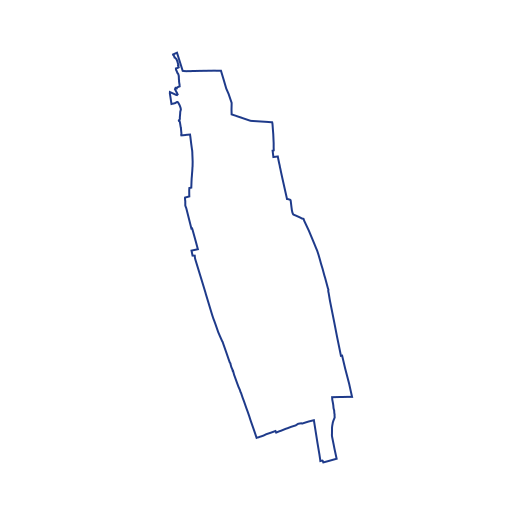 Smardan, Galati, Romania (Mercator projection), rotated 165°
{"feature_id": "2599482B33788792508328", "entity_name": "Smardan", "entity_type": "district", "adm_level": 2, "iso_a3": "ROU", "parent_name": "Romania", "parent_adm1": "Galati", "projection": "mercator", "projection_center": [27.93, 45.569], "detail": "fine", "context": "isolated", "style": "outline", "palette": "blue", "viewbox_px": 512, "rotation_deg": 165, "n_neighbors": 0, "source": "geoboundaries", "source_scale": "gbopen_adm2", "svg_char_len": 5586}
<svg xmlns="http://www.w3.org/2000/svg" viewBox="0 0 512 512"><g transform="rotate(165 256 256)"><path d="M297.7,392.0L295.7,391.6L292.7,391.1L292.3,391.1L292.2,391.1L288.3,390.4L288.6,387.8L289.5,381.5L290.3,375.2L290.3,374.7L290.5,373.7L290.6,373.0L291.2,370.5L291.8,367.8L292.8,363.4L293.5,361.0L294.1,358.9L294.5,357.9L294.9,356.6L295.6,354.5L296.4,352.3L297.4,349.4L298.0,347.8L299.0,344.7L300.8,338.8L302.8,338.9L303.6,336.4L304.4,333.3L305.0,330.8L309.4,330.8L309.7,330.0L310.0,328.4L310.1,327.3L310.4,326.3L310.6,325.4L310.9,324.3L311.2,323.3L311.2,322.6L311.2,322.1L311.0,320.4L311.0,318.9L311.3,299.2L310.6,299.2L310.5,297.6L310.4,285.2L310.4,277.6L316.9,277.9L317.2,272.8L315.1,272.2L315.5,269.6L315.5,268.3L315.0,254.1L314.7,246.0L314.3,233.9L314.3,232.3L314.1,226.0L313.9,219.6L313.7,213.2L313.6,210.3L313.4,206.8L313.1,204.0L312.8,200.5L312.2,192.2L311.6,188.0L310.7,182.3L310.5,181.9L310.4,180.5L310.3,179.0L309.6,169.8L309.4,166.8L309.2,163.8L308.9,160.0L308.6,159.2L308.5,158.7L308.6,158.1L308.6,157.4L308.6,155.4L308.5,154.4L308.3,153.5L308.2,152.2L308.2,151.0L307.9,151.0L307.9,149.9L307.9,149.2L307.9,148.4L307.9,146.7L307.8,145.8L307.7,144.7L307.3,139.9L307.1,137.5L307.0,136.6L306.8,134.3L306.2,130.5L306.2,128.9L305.9,127.6L305.6,122.7L305.2,118.6L304.7,111.7L304.3,107.4L304.0,103.1L303.8,98.9L303.7,97.4L303.0,88.1L302.5,80.2L301.7,80.3L300.6,80.2L298.9,80.4L297.8,80.4L295.2,80.6L293.7,80.9L292.3,81.2L287.3,81.5L282.5,81.9L282.2,80.2L278.6,80.7L277.4,80.7L272.0,81.4L269.8,81.5L269.1,81.6L266.3,81.9L261.5,82.1L258.8,83.0L257.3,82.9L255.5,82.7L255.2,82.4L254.8,82.2L250.8,82.4L247.8,82.5L242.6,82.4L245.0,59.6L246.0,49.1L246.1,48.0L246.7,42.7L246.9,41.3L246.0,41.3L244.8,41.2L244.6,40.9L244.4,39.2L239.2,39.2L230.6,39.3L230.1,49.4L229.8,53.7L229.3,61.6L229.2,62.4L229.0,63.6L228.8,64.0L227.0,70.5L226.9,70.8L226.3,72.3L225.3,74.4L225.0,75.1L223.8,77.0L222.8,78.3L221.8,79.7L221.5,81.2L221.3,82.0L221.1,82.6L221.0,84.0L220.7,85.5L220.5,86.4L220.5,87.2L220.5,88.7L220.4,89.5L220.0,91.7L219.8,93.5L219.7,94.8L219.5,97.6L219.0,99.9L211.9,98.2L210.0,97.7L208.6,97.3L207.6,97.1L206.0,96.7L203.4,96.1L201.6,95.6L199.7,95.1L199.4,101.9L199.1,108.4L199.0,124.3L198.6,137.5L199.8,137.6L199.4,144.0L198.6,157.3L197.6,171.5L196.2,193.1L196.0,195.4L195.4,201.5L195.4,202.4L195.3,203.1L195.3,203.3L195.3,203.5L195.2,203.9L195.1,204.0L194.9,204.3L194.8,204.6L194.8,204.8L194.9,206.5L194.9,207.4L194.9,207.9L194.9,209.4L194.9,210.1L194.9,211.4L194.9,212.1L194.9,212.8L194.9,213.6L194.9,214.3L194.9,214.9L194.9,215.6L194.9,216.2L194.9,216.3L194.9,217.0L195.0,219.2L195.0,220.6L195.0,224.2L195.0,226.5L195.1,228.9L195.2,232.1L195.2,235.6L195.3,240.8L195.5,244.6L195.6,245.8L195.9,247.8L196.6,253.4L198.4,266.8L200.3,277.4L200.5,279.6L202.2,280.5L202.6,281.0L203.6,281.9L204.7,282.8L206.9,284.6L209.1,286.3L209.3,286.6L209.5,287.7L209.6,288.6L209.5,290.9L209.0,294.7L208.2,300.3L208.2,301.0L208.4,301.4L209.3,302.0L210.6,302.8L211.3,303.0L210.4,324.5L210.1,331.0L209.9,334.0L209.9,335.3L209.7,337.3L209.6,340.2L209.4,343.6L209.2,346.5L213.6,347.1L212.7,353.4L211.7,353.3L211.5,353.5L210.9,356.1L209.9,359.8L209.7,360.6L207.8,369.2L206.7,375.1L206.1,378.2L205.7,380.7L205.1,380.7L205.8,381.0L207.9,381.7L210.4,382.6L225.5,387.7L225.8,387.8L226.2,388.0L226.9,388.4L242.9,399.1L241.7,404.0L240.7,407.4L239.9,410.2L240.4,417.8L240.5,419.5L241.4,425.4L241.6,434.4L241.9,444.0L248.7,445.9L262.5,449.4L267.9,450.7L269.7,451.2L270.4,451.3L271.5,451.5L271.8,451.6L275.6,452.6L276.6,452.9L278.9,453.8L279.7,472.8L284.8,472.0L284.2,471.9L283.9,471.8L283.7,471.6L283.6,471.4L283.6,471.1L283.5,470.7L283.4,470.1L283.3,469.7L283.3,469.3L283.3,469.1L283.3,468.9L283.0,468.8L282.9,468.6L282.8,468.3L282.7,468.1L282.5,467.8L282.3,467.5L282.1,467.2L282.0,466.9L281.9,466.5L281.8,466.2L281.8,465.8L281.7,465.6L281.7,465.2L281.7,464.9L281.6,464.6L281.6,464.2L281.6,463.6L281.6,463.3L281.6,463.0L281.6,462.7L281.6,462.1L281.6,461.3L281.6,460.5L281.6,460.3L281.6,460.2L281.9,460.0L282.0,460.0L282.0,459.8L282.0,459.5L281.9,459.3L282.0,458.8L281.9,458.6L281.9,458.3L281.9,458.2L283.4,457.9L284.0,457.9L284.8,457.9L284.9,457.4L285.0,457.1L285.0,456.9L285.0,456.7L285.0,456.4L285.0,456.1L284.9,455.7L284.8,455.4L284.7,454.7L284.7,454.4L284.6,454.0L284.6,453.7L284.5,453.3L284.5,452.9L284.2,452.5L284.1,452.2L284.1,451.9L284.0,451.7L284.0,451.4L284.0,451.1L284.0,450.7L284.0,450.4L284.0,450.1L284.0,449.9L284.1,449.6L284.1,449.3L284.2,449.2L284.3,448.8L284.3,448.4L284.4,448.1L284.5,447.8L284.6,447.1L284.7,446.9L284.7,446.6L284.8,446.3L284.8,446.0L284.9,445.5L284.9,445.3L285.0,445.0L285.1,444.6L285.2,444.4L285.2,444.2L285.3,443.3L285.4,442.7L285.4,442.4L285.4,442.0L285.5,441.5L285.5,441.2L285.6,440.7L285.7,440.4L285.8,440.2L285.9,439.8L285.9,439.6L288.4,439.3L289.2,438.4L290.2,439.2L291.1,438.1L290.9,437.2L290.6,435.8L290.1,433.8L290.0,432.9L290.0,432.7L289.9,432.4L290.1,432.3L290.3,432.2L290.5,432.1L290.7,431.9L291.3,432.2L291.5,432.3L291.8,432.6L296.7,436.6L296.8,436.3L296.9,436.0L297.1,435.5L298.2,425.7L298.3,424.7L297.5,424.7L296.2,424.6L295.7,424.6L294.5,424.6L294.4,424.7L293.6,424.9L293.4,424.9L292.6,425.2L292.0,425.1L291.7,424.8L291.4,424.0L291.0,422.5L290.9,422.1L290.7,420.9L290.6,419.8L290.5,418.3L290.7,416.8L291.8,415.0L292.5,412.9L293.7,409.6L293.8,409.2L293.9,408.8L294.0,408.4L294.3,407.7L294.7,407.3L295.1,407.2L295.4,407.0L295.5,406.7L295.4,406.3L295.1,406.2L294.9,406.0L294.9,405.6L294.9,404.7L295.4,399.9L295.3,399.2L295.5,398.6L296.3,393.8L296.6,392.7L296.8,392.3L296.9,392.2L297.0,392.2L297.3,392.1L297.7,392.0Z" fill="none" stroke="#1e3a8a" stroke-width="2"/></g></svg>